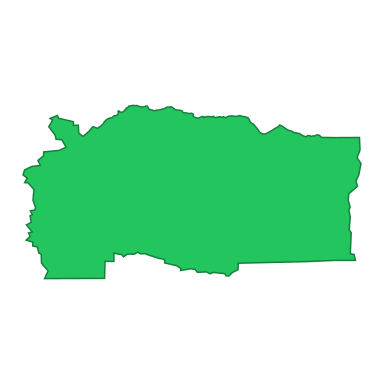 Linn, Oregon, United States of America
{"feature_id": "52423323B85649045718623", "entity_name": "Linn", "entity_type": "district", "adm_level": 2, "iso_a3": "USA", "parent_name": "United States of America", "parent_adm1": "Oregon", "projection": "natural_earth1", "projection_center": [-122.562, 44.497], "detail": "fine", "context": "isolated", "style": "filled", "palette": "green", "viewbox_px": 384, "rotation_deg": 0, "n_neighbors": 0, "source": "geoboundaries", "source_scale": "gbopen_adm2", "svg_char_len": 3705}
<svg xmlns="http://www.w3.org/2000/svg" viewBox="0 0 384 384"><path d="M50.0,118.4L52.5,120.1L48.8,126.8L55.2,135.3L56.1,139.4L61.8,139.7L66.1,147.2L59.1,150.4L43.7,151.9L43.5,155.8L38.0,160.4L40.4,165.5L31.9,166.4L24.6,169.9L23.0,175.0L27.3,178.1L24.6,182.6L28.1,182.9L34.0,189.6L33.5,193.7L33.0,200.3L35.6,207.7L34.7,210.0L30.3,210.9L32.3,214.6L30.0,215.9L31.3,222.3L26.4,224.9L32.3,231.9L28.6,232.9L30.1,236.4L26.2,240.1L32.8,242.2L32.8,246.1L37.3,246.9L38.8,253.1L41.2,254.2L41.5,263.2L48.1,270.9L44.6,278.6L104.6,278.4L105.0,261.4L113.9,261.4L113.9,253.2L122.0,254.7L123.5,256.9L127.4,254.1L134.4,254.2L137.6,252.2L140.4,253.8L146.3,253.7L146.6,254.4L159.3,258.5L164.4,259.3L164.8,263.0L176.7,265.7L180.9,268.5L180.5,270.5L190.5,268.8L195.1,269.4L197.4,272.3L206.2,271.9L210.2,273.8L213.3,272.4L224.9,273.7L226.1,275.9L228.9,275.9L232.3,272.6L238.1,269.6L238.2,263.2L306.8,261.6L334.7,260.4L355.4,260.4L354.1,254.5L350.3,253.6L351.2,232.6L349.2,230.0L349.8,222.4L350.3,217.2L348.9,210.4L350.2,207.1L348.2,200.3L348.8,193.7L357.5,186.3L355.9,181.0L358.8,174.9L361.0,163.6L357.1,157.7L360.0,150.1L359.5,137.5L356.2,137.5L335.0,137.6L322.0,137.4L320.9,136.9L320.1,136.0L319.1,135.1L317.2,134.8L315.1,135.7L313.7,136.0L312.8,135.9L311.9,136.2L310.7,136.4L309.9,135.6L307.6,135.6L306.0,136.8L304.5,136.3L302.7,135.6L301.7,134.8L300.3,134.4L299.5,133.4L297.7,133.5L296.5,132.8L295.4,132.7L294.9,133.0L293.9,132.7L293.3,132.0L291.2,131.0L287.9,130.1L285.4,128.4L284.3,127.6L282.6,126.4L279.7,125.0L277.8,127.0L275.8,128.0L272.2,130.3L270.0,131.5L267.8,132.8L264.4,134.2L261.7,133.6L259.4,132.0L256.9,128.1L255.0,126.1L253.8,124.4L250.5,122.4L248.4,118.1L246.6,117.1L245.4,116.9L243.7,116.6L242.1,116.3L240.8,115.8L239.5,115.5L237.9,116.1L236.6,116.3L236.2,116.5L234.8,116.4L233.7,116.0L232.2,115.9L230.3,116.0L229.3,116.1L228.3,116.2L226.9,117.1L226.4,117.4L225.8,117.6L225.4,117.5L224.7,117.2L223.8,116.8L223.2,116.7L222.7,117.1L222.1,117.4L221.6,117.4L221.0,117.0L220.6,116.7L220.0,116.6L219.6,116.7L218.9,116.8L218.7,117.3L218.3,117.5L217.6,117.3L217.0,117.1L216.5,117.3L216.0,117.7L215.4,117.6L214.8,117.4L214.2,116.9L213.7,116.5L213.2,116.3L212.6,116.6L212.1,117.0L211.8,117.2L211.5,116.9L211.3,116.7L210.7,116.7L210.0,116.6L209.1,116.6L208.2,116.5L207.5,116.5L206.8,116.6L206.0,116.8L205.3,117.0L204.8,117.3L204.1,117.6L203.9,117.6L203.8,117.3L203.9,117.0L203.4,116.7L202.9,116.4L201.9,116.6L201.0,117.0L199.8,117.5L198.6,118.0L197.3,118.2L196.0,117.6L194.6,117.2L193.9,117.1L193.5,116.5L193.3,116.0L193.0,115.1L193.3,114.7L193.5,114.3L193.3,114.1L192.4,113.7L191.1,113.2L190.3,113.3L189.6,113.5L188.9,113.7L187.8,113.2L186.2,112.9L184.6,112.8L183.3,112.8L182.6,112.0L182.4,111.0L181.7,110.7L180.7,110.4L179.3,110.2L177.4,110.1L175.2,109.7L174.1,108.5L173.1,108.0L171.8,107.0L170.6,106.7L169.0,107.1L166.9,107.1L166.0,107.6L165.3,108.2L163.1,109.0L161.1,109.4L158.6,110.1L156.8,110.1L155.4,110.6L154.0,110.7L153.3,110.4L152.3,110.1L151.3,109.9L149.0,109.3L147.8,107.0L147.2,106.1L145.7,106.0L145.3,106.6L141.8,107.1L138.8,106.3L137.3,105.5L135.9,105.6L134.5,105.6L133.5,105.4L132.2,105.4L131.2,105.7L130.3,106.0L129.1,106.0L128.6,106.3L128.3,107.0L127.3,107.8L126.6,107.8L126.0,108.4L126.0,109.2L125.8,109.8L125.0,110.0L124.6,110.1L124.0,111.0L123.3,111.8L122.5,112.1L121.8,112.2L121.0,112.2L120.3,112.1L119.7,111.6L119.1,111.0L118.4,111.0L118.0,111.5L118.3,112.3L118.3,113.2L117.8,114.4L116.8,115.1L116.1,115.5L115.4,115.7L114.7,115.8L114.2,115.7L112.3,117.5L108.4,118.5L106.6,119.6L104.0,122.1L103.8,123.2L101.6,125.4L97.6,128.3L92.9,126.6L89.2,131.1L83.1,136.5L78.8,133.0L78.3,125.2L73.5,125.3L73.4,121.7L58.7,118.3L57.4,115.5L50.0,118.4Z" fill="#22c55e" stroke="#15803d" stroke-width="1.5"/></svg>